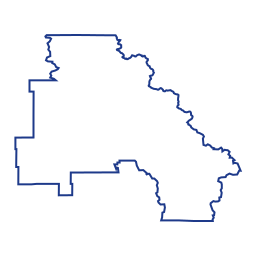 the district of Flathead, Montana, United States of America
{"feature_id": "52423323B85659466987849", "entity_name": "Flathead", "entity_type": "district", "adm_level": 2, "iso_a3": "USA", "parent_name": "United States of America", "parent_adm1": "Montana", "projection": "robinson", "projection_center": [-113.761, 48.298], "detail": "fine", "context": "isolated", "style": "outline", "palette": "blue", "viewbox_px": 256, "rotation_deg": 0, "n_neighbors": 0, "source": "geoboundaries", "source_scale": "gbopen_adm2", "svg_char_len": 4249}
<svg xmlns="http://www.w3.org/2000/svg" viewBox="0 0 256 256"><path d="M58.8,195.3L72.2,195.2L72.3,183.9L70.7,183.9L70.8,172.5L83.8,172.5L111.0,172.4L118.5,172.4L117.9,167.9L116.5,167.5L116.1,168.8L114.4,164.4L117.3,164.4L117.4,162.5L119.6,162.5L119.5,160.6L134.8,160.6L136.0,161.8L136.8,165.6L139.2,170.3L143.3,170.1L146.6,173.0L146.4,174.0L146.8,174.4L147.6,173.8L148.6,173.9L149.1,173.7L149.5,174.0L152.2,178.5L154.3,178.5L157.1,181.2L157.8,182.9L156.8,185.2L157.8,188.5L157.4,192.3L156.1,193.2L157.3,196.1L159.2,197.4L159.5,199.8L158.0,201.1L158.5,202.5L160.5,204.5L164.3,204.3L164.9,207.5L164.1,212.0L162.4,212.6L162.1,217.5L161.2,220.4L178.8,220.4L193.7,221.0L212.8,221.0L212.6,219.4L213.7,217.7L212.8,215.4L214.1,215.2L214.5,212.3L212.6,210.3L210.5,204.5L210.7,203.2L213.4,201.1L215.2,201.6L218.1,201.4L219.5,200.5L219.3,197.5L221.0,197.1L221.7,192.8L220.7,190.1L221.8,188.3L221.8,184.5L221.3,182.6L218.2,181.2L218.8,178.3L221.2,177.4L225.6,177.1L226.5,175.2L229.5,173.6L233.0,174.8L237.2,174.5L239.2,170.6L240.6,170.7L237.6,163.5L234.6,162.8L233.4,163.4L233.0,160.8L234.5,160.1L231.7,157.5L229.7,157.7L230.1,155.7L228.4,154.4L229.6,151.9L227.7,150.2L226.3,150.1L224.6,149.8L222.4,151.4L222.2,148.8L221.1,147.6L218.3,149.4L213.6,149.2L214.0,148.2L211.8,147.5L210.3,145.6L207.8,144.3L205.9,145.7L203.5,144.9L202.9,138.6L203.9,136.5L202.9,134.8L199.6,133.1L197.3,132.4L196.4,129.9L193.8,129.4L191.2,127.4L191.0,126.4L190.4,125.6L190.2,125.6L189.3,125.0L188.3,124.5L188.4,123.5L187.6,122.7L187.2,122.4L187.6,122.0L188.0,121.6L188.8,120.7L190.1,119.9L191.0,119.3L192.0,118.5L192.4,117.4L192.6,116.7L192.3,115.9L191.2,115.2L191.0,114.2L191.0,113.2L190.8,112.5L190.3,111.7L189.2,111.5L187.9,112.0L186.7,112.3L185.5,112.1L184.4,111.9L183.8,111.2L183.1,110.5L182.1,110.2L181.4,109.7L181.0,109.1L180.3,108.8L179.5,108.6L178.8,108.4L178.2,107.8L177.6,107.6L177.2,107.1L177.4,106.4L177.8,105.5L178.6,104.8L178.3,103.7L178.1,102.8L178.6,101.9L178.5,101.3L178.0,100.1L178.1,99.0L178.1,98.0L178.4,96.8L178.4,95.9L178.5,95.1L177.7,94.4L176.4,94.3L175.2,93.9L173.9,93.2L173.6,92.2L173.0,91.6L171.9,91.1L171.0,90.6L170.7,90.2L170.2,90.1L169.6,90.3L168.3,90.5L167.4,90.6L166.6,90.3L165.7,90.6L165.2,91.2L164.2,91.3L163.2,90.8L162.9,89.7L162.0,88.9L161.4,88.3L160.6,88.1L159.8,88.6L159.3,89.0L158.5,89.7L157.6,89.7L156.7,89.2L155.2,89.0L153.7,88.8L152.6,88.3L151.8,88.0L151.1,87.7L150.7,87.1L150.1,86.8L149.4,86.5L148.8,86.1L148.7,85.4L149.2,84.9L149.3,83.9L149.4,83.0L149.3,82.1L149.5,81.1L149.9,80.3L150.4,79.4L151.0,79.0L151.1,78.4L150.8,77.9L150.2,77.0L150.0,76.3L149.9,76.0L150.5,75.7L151.0,75.7L152.2,75.4L152.8,74.8L153.2,74.0L153.4,73.4L153.9,72.7L153.4,71.9L153.2,71.3L153.3,70.5L152.9,69.8L152.3,69.2L151.2,68.9L150.5,68.3L149.9,67.5L149.7,66.3L148.4,65.7L147.6,64.9L147.3,64.1L147.0,63.5L146.7,63.0L146.5,62.1L146.9,61.4L147.8,60.4L147.8,59.8L147.9,59.5L147.8,59.0L147.2,58.8L146.2,58.2L145.5,57.6L145.2,56.8L144.8,55.9L144.1,55.8L143.5,56.3L142.6,56.5L141.8,56.1L141.8,55.5L140.5,55.1L139.4,54.5L138.9,54.5L137.9,54.9L137.0,55.3L136.3,55.9L135.9,56.4L135.4,56.5L134.7,56.3L134.0,55.8L132.8,55.5L132.3,55.3L131.9,55.4L131.7,56.0L131.0,57.1L130.1,57.9L129.0,58.3L128.4,58.7L127.8,59.1L126.9,59.1L126.5,58.6L125.8,58.6L125.6,58.9L125.2,58.9L124.9,58.5L124.2,58.1L123.2,57.8L122.7,57.5L122.4,57.1L122.7,56.8L123.4,56.5L123.8,55.9L123.6,54.8L123.1,54.2L122.4,53.6L121.9,53.1L121.0,53.0L120.1,52.1L119.6,51.3L118.5,50.6L117.1,50.1L116.9,49.5L117.4,49.1L118.0,49.1L119.4,48.7L120.9,47.9L121.3,47.1L121.1,46.0L121.2,45.2L120.3,44.4L119.0,44.3L118.3,44.1L118.0,43.4L118.4,43.0L118.7,42.0L119.6,41.2L120.3,40.1L120.0,40.0L119.2,39.9L118.4,40.1L117.4,39.9L116.9,38.7L116.7,38.0L116.9,37.4L116.3,36.5L115.8,35.6L115.6,35.3L98.5,35.2L90.3,35.1L76.9,35.0L59.7,35.1L46.7,35.1L45.4,36.4L45.9,37.5L49.9,37.8L51.1,38.7L49.8,41.3L47.5,43.3L49.1,47.0L48.3,49.6L50.1,51.8L50.3,56.1L47.0,57.5L46.0,60.3L47.9,61.4L52.4,61.7L52.2,63.0L54.8,64.4L56.2,67.1L58.6,68.0L57.8,69.2L55.3,70.5L51.6,71.6L50.2,73.7L51.3,75.6L50.2,77.6L53.9,78.8L55.7,80.3L29.5,80.3L29.5,91.6L33.6,91.6L33.5,114.6L33.5,137.5L15.4,137.6L15.4,149.1L16.4,149.1L16.2,165.1L16.2,167.0L18.4,167.0L18.3,184.3L31.8,184.3L36.3,183.9L58.9,183.9L58.8,195.3Z" fill="none" stroke="#1e3a8a" stroke-width="2"/></svg>